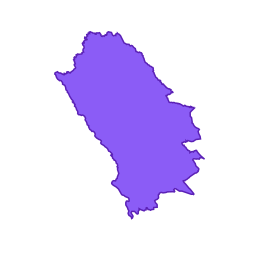 outline of Marolambo, Atsinanana, Madagascar, rotated 132°
{"feature_id": "10022922B10629043557873", "entity_name": "Marolambo", "entity_type": "district", "adm_level": 2, "iso_a3": "MDG", "parent_name": "Madagascar", "parent_adm1": "Atsinanana", "projection": "equal_earth", "projection_center": [47.828, -20.084], "detail": "fine", "context": "isolated", "style": "filled", "palette": "violet", "viewbox_px": 256, "rotation_deg": 132, "n_neighbors": 0, "source": "geoboundaries", "source_scale": "gbopen_adm2", "svg_char_len": 5774}
<svg xmlns="http://www.w3.org/2000/svg" viewBox="0 0 256 256"><g transform="rotate(132 128 128)"><path d="M70.8,121.8L71.3,123.6L71.8,124.1L72.4,127.0L72.0,127.5L72.1,129.2L71.7,131.1L72.1,131.7L72.5,131.6L72.7,132.2L71.9,133.7L72.1,135.3L71.8,135.6L71.2,135.4L71.1,136.0L71.5,136.8L72.2,137.5L71.5,139.5L71.7,141.3L70.1,144.9L69.5,145.8L69.2,147.5L68.2,147.5L67.6,148.6L67.1,148.8L66.4,149.9L66.8,150.9L66.8,151.9L67.4,153.2L67.1,154.1L67.7,155.9L67.3,156.8L67.7,159.1L66.6,161.4L65.9,162.3L64.8,164.8L64.2,165.2L64.3,166.4L63.4,167.3L63.2,168.5L63.7,169.2L63.8,170.2L64.7,170.5L65.4,171.8L65.3,172.7L65.8,173.3L64.1,175.7L64.3,177.7L64.0,179.6L64.3,180.6L65.5,181.3L65.4,182.6L65.1,183.1L66.1,184.5L66.9,185.0L66.8,186.0L67.4,187.8L64.4,195.4L64.3,197.4L64.7,198.4L64.6,199.4L64.9,199.2L66.3,199.9L67.5,199.0L67.9,199.8L69.2,200.5L69.3,201.6L68.1,204.2L69.6,206.9L71.0,207.3L72.5,206.6L72.9,206.1L73.3,206.1L73.8,207.1L74.1,206.7L74.8,207.2L75.8,207.1L76.2,208.3L77.2,208.4L77.5,209.0L77.4,209.6L77.2,210.2L76.8,210.4L76.2,212.9L77.0,213.4L78.6,215.2L78.9,215.3L79.6,214.5L80.1,215.0L80.2,215.5L80.0,216.4L81.0,217.7L81.1,218.8L81.7,219.7L81.7,220.4L82.2,220.7L83.3,219.9L83.3,220.7L83.8,220.4L84.1,221.0L85.1,220.4L86.2,221.2L86.5,220.9L86.6,219.7L87.1,219.9L88.1,219.6L88.6,219.6L89.4,220.9L90.3,220.3L90.5,219.5L90.4,218.8L89.6,218.4L89.5,217.8L89.8,217.6L91.7,218.8L93.4,218.9L93.8,217.8L94.3,217.5L95.0,218.6L95.6,218.6L96.6,216.8L96.5,215.9L97.5,214.5L97.8,214.2L99.1,214.2L100.3,213.6L101.2,212.0L101.4,212.3L102.3,212.3L102.8,212.6L103.4,211.9L103.8,211.9L106.2,213.8L106.5,214.8L107.4,214.5L107.6,215.2L108.0,215.4L108.4,215.5L109.2,214.4L110.4,214.0L110.8,215.2L111.8,215.2L112.3,214.6L112.4,213.8L113.1,213.8L113.3,214.1L113.7,214.1L114.1,212.5L114.4,212.5L115.6,210.1L116.5,210.5L117.1,210.2L118.1,207.4L118.9,207.0L120.3,207.5L121.7,207.2L124.9,207.9L125.6,207.7L126.4,208.8L126.0,209.6L126.4,210.3L127.2,210.9L127.6,210.9L127.9,210.0L129.0,210.3L129.7,210.7L129.8,211.7L130.1,212.0L130.9,211.0L131.2,211.1L131.5,211.7L131.6,212.3L131.8,212.5L131.8,213.3L132.1,213.8L132.1,214.8L132.6,215.0L133.5,216.8L133.3,218.0L135.7,219.1L136.0,219.0L136.9,218.5L136.8,217.5L138.3,214.8L138.8,212.8L138.6,211.9L138.7,210.6L138.1,210.2L137.6,209.3L138.1,207.0L139.2,205.9L138.6,203.5L139.4,201.8L141.1,199.6L141.2,199.0L141.0,198.5L141.5,197.3L142.1,196.9L142.0,195.6L143.4,192.6L144.5,189.0L144.5,187.3L145.1,186.5L145.8,186.7L145.9,185.8L145.3,185.6L145.7,184.8L145.9,183.3L146.3,183.4L146.6,182.7L147.5,182.4L147.5,180.8L148.3,179.1L148.8,178.6L149.2,176.7L150.1,175.6L150.7,175.3L151.2,174.1L151.0,173.3L150.1,172.3L149.9,171.1L149.0,170.7L148.5,169.8L148.4,168.1L149.1,166.1L150.5,165.4L150.9,164.7L151.1,163.3L152.1,161.5L152.9,160.5L152.6,158.7L153.5,158.1L154.6,155.5L154.4,154.2L154.7,152.5L153.8,151.8L153.6,150.2L154.4,148.3L155.9,147.5L156.3,146.8L156.4,144.4L155.9,141.7L155.4,140.8L155.4,139.6L155.6,139.0L157.4,138.2L157.7,137.1L157.1,133.9L157.3,132.6L157.0,130.8L157.1,129.2L158.1,126.9L157.6,125.7L157.8,122.7L158.4,121.6L158.6,121.6L159.1,122.6L159.8,122.5L159.9,120.2L160.7,119.3L160.8,117.2L161.2,116.8L160.7,115.7L160.8,115.1L161.2,114.2L162.0,113.2L161.9,111.8L162.8,110.6L163.6,110.2L164.0,109.4L164.2,109.8L164.6,109.1L166.0,107.8L167.9,104.5L171.9,103.0L172.6,102.3L173.9,102.6L175.6,101.9L176.8,103.5L178.0,103.9L179.7,103.4L180.3,102.8L180.4,100.8L179.7,97.2L179.7,94.3L181.7,88.2L181.6,87.4L180.8,85.8L180.8,84.3L179.7,81.2L179.7,80.4L181.4,78.3L182.2,78.5L182.9,80.0L183.6,80.2L185.1,79.6L186.7,78.0L187.6,75.0L188.4,73.7L189.0,71.9L191.2,70.9L191.6,70.5L192.3,68.8L191.8,66.4L192.8,64.7L191.9,64.5L190.3,65.2L189.9,65.8L189.2,68.5L188.8,69.1L187.5,69.4L185.6,67.3L185.9,64.3L185.7,63.6L185.3,63.2L184.5,63.3L183.1,64.6L181.7,64.7L180.5,65.8L180.2,64.0L178.8,60.6L178.0,60.7L176.7,59.8L175.3,61.0L174.8,60.9L174.5,60.2L175.2,58.6L174.3,57.4L174.0,56.2L172.9,55.9L171.3,54.5L169.9,55.7L167.4,53.3L165.6,54.9L165.2,56.0L165.2,57.4L164.2,59.5L163.2,59.4L161.5,58.6L159.7,58.5L159.4,58.6L157.4,60.7L156.5,60.5L155.6,61.0L154.0,60.5L153.5,60.0L152.8,58.6L150.6,56.7L149.0,55.9L145.4,52.1L144.5,50.8L143.8,50.9L143.3,52.7L141.8,52.7L141.2,51.8L140.5,47.6L138.8,45.7L134.9,36.6L133.8,35.5L133.6,34.8L133.1,34.8L132.8,35.3L131.9,40.7L131.9,42.5L131.1,47.7L131.0,49.8L130.4,51.6L130.0,51.5L129.0,50.4L128.5,50.6L126.9,49.9L124.5,49.6L123.8,49.3L123.2,49.5L121.4,49.1L116.8,48.0L115.6,47.1L113.3,46.8L112.8,47.4L112.0,47.4L111.0,48.0L110.7,49.7L110.8,50.5L110.7,52.3L109.4,54.3L109.1,55.8L108.6,57.1L108.5,58.3L107.9,58.8L106.8,58.5L105.3,56.3L104.8,56.1L103.4,54.2L102.1,54.6L101.4,53.8L100.7,53.7L99.9,50.3L100.0,55.1L99.7,58.4L99.3,60.7L98.8,62.1L99.3,62.7L100.1,62.9L100.6,63.5L102.0,63.3L102.4,64.4L102.9,64.8L104.9,65.5L104.0,66.3L103.8,66.8L104.6,68.7L104.3,68.9L104.3,70.8L103.7,71.9L103.9,73.3L103.5,74.5L103.8,74.4L104.0,74.8L103.9,75.4L104.0,75.9L103.5,77.5L102.6,78.0L102.1,77.4L100.7,77.1L100.1,75.8L99.5,75.8L99.1,75.4L98.7,76.0L98.7,75.3L98.3,75.1L97.3,75.2L95.8,71.9L94.3,70.6L91.1,69.8L87.6,66.8L86.0,68.8L84.8,71.8L83.5,73.7L81.3,74.1L81.4,75.4L82.0,77.0L82.3,78.8L82.1,80.6L81.2,82.8L81.4,83.9L80.6,84.3L77.8,87.7L77.6,89.6L75.0,92.1L73.5,92.3L68.8,92.0L69.1,92.6L68.8,92.9L69.4,93.4L69.6,94.3L70.1,94.4L70.1,94.7L69.7,95.0L70.0,95.8L70.7,95.4L70.9,96.2L71.5,96.2L71.4,97.0L73.0,99.4L72.9,100.3L73.2,101.0L73.5,101.2L74.1,101.1L74.7,101.6L74.9,103.9L75.4,105.0L75.3,105.8L76.0,106.4L76.1,107.1L76.6,107.3L76.7,108.2L77.7,109.2L78.3,111.0L79.4,111.7L79.6,112.6L81.0,113.9L81.3,114.8L79.8,118.0L79.3,118.3L79.5,119.1L78.7,120.3L78.7,121.0L78.4,120.9L78.2,121.3L77.1,120.6L76.1,120.7L75.3,119.6L73.8,119.3L73.1,119.6L71.6,118.5L71.2,119.3L71.7,121.1L71.3,121.7L70.8,121.8Z" fill="#8b5cf6" stroke="#5b21b6" stroke-width="1.5"/></g></svg>